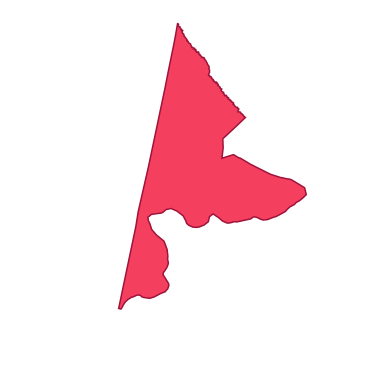 the district of Vubwi, Eastern, Zambia, rotated 121°
{"feature_id": "96606910B99969900210710", "entity_name": "Vubwi", "entity_type": "district", "adm_level": 2, "iso_a3": "ZMB", "parent_name": "Zambia", "parent_adm1": "Eastern", "projection": "orthographic", "projection_center": [32.719, -13.993], "detail": "fine", "context": "isolated", "style": "filled", "palette": "rose", "viewbox_px": 384, "rotation_deg": 121, "n_neighbors": 0, "source": "geoboundaries", "source_scale": "gbopen_adm2", "svg_char_len": 5408}
<svg xmlns="http://www.w3.org/2000/svg" viewBox="0 0 384 384"><g transform="rotate(121 192 192)"><path d="M54.6,291.3L64.4,287.5L72.7,284.4L99.0,275.1L115.6,269.1L166.9,251.3L192.3,242.5L236.8,227.9L250.4,222.4L329.3,195.0L328.9,194.7L329.4,194.2L328.9,192.6L327.4,192.5L323.1,192.7L320.4,192.5L316.9,191.5L315.0,190.4L313.5,189.8L312.1,188.3L309.2,186.4L308.2,185.4L307.5,183.9L307.2,183.1L307.7,180.9L307.3,179.1L305.0,173.7L303.7,172.4L301.5,170.4L295.0,166.5L291.3,163.6L289.4,163.4L287.8,162.9L284.0,163.7L282.5,165.0L279.4,170.9L277.9,174.1L275.9,175.1L274.6,174.8L270.1,174.6L266.9,175.1L265.0,175.7L262.2,178.3L259.5,179.6L254.1,183.7L248.6,190.6L247.1,200.6L244.9,207.2L241.1,211.5L239.0,214.6L236.3,216.9L234.6,216.1L232.0,215.2L225.8,207.4L224.2,206.4L221.7,205.6L220.6,205.4L216.9,201.4L216.1,195.0L217.0,187.3L219.7,182.8L221.7,180.3L222.2,177.7L221.7,173.3L220.0,169.9L218.3,167.8L214.0,164.6L209.1,162.7L204.2,164.3L199.8,162.6L199.9,162.0L200.2,158.8L200.2,156.9L200.4,155.0L200.9,152.6L201.2,150.7L200.5,145.8L199.6,144.4L198.2,142.8L195.6,140.4L194.6,138.2L184.9,127.9L181.7,126.5L181.4,126.1L180.5,123.9L180.1,121.7L180.1,119.7L179.4,116.6L176.8,113.1L172.5,109.8L169.6,107.2L166.3,105.2L160.6,101.9L157.7,101.4L154.5,100.5L150.0,97.8L147.6,97.3L147.3,97.3L144.2,95.4L139.4,93.7L135.3,92.7L130.4,97.6L130.3,102.7L130.3,113.0L130.3,113.6L130.6,114.3L130.9,115.5L131.8,117.3L132.1,118.5L132.4,119.1L132.7,120.2L133.0,120.8L133.2,121.9L133.8,123.0L136.2,132.9L136.6,136.3L136.9,140.5L137.6,149.3L138.1,157.0L138.1,167.9L138.6,169.8L138.6,175.7L147.6,183.7L138.0,188.1L130.5,193.0L110.9,187.4L100.6,184.6L100.6,185.2L100.8,185.4L100.7,185.8L100.3,186.1L100.2,186.4L100.3,186.8L99.6,188.2L99.6,188.6L99.4,188.6L99.3,188.9L99.3,189.1L99.6,189.3L99.5,189.9L99.4,190.9L99.2,191.1L98.9,191.1L98.6,191.5L98.7,191.8L99.0,192.7L99.2,193.1L99.3,193.5L99.6,193.8L99.1,194.3L98.2,194.7L97.8,194.7L97.4,194.3L97.0,194.6L96.7,194.7L96.7,195.7L96.5,196.1L96.1,196.4L96.0,196.7L96.1,196.9L96.4,197.1L96.5,197.0L96.6,197.5L96.6,198.0L96.5,198.3L96.6,198.6L96.5,199.0L96.2,199.5L96.2,199.8L96.2,200.1L95.7,200.4L95.7,200.5L95.6,201.2L95.6,201.7L95.5,202.1L94.6,202.0L94.4,202.1L94.1,202.8L94.3,203.3L94.4,204.2L94.4,204.4L94.3,204.6L94.0,204.6L93.9,204.7L93.8,204.9L93.8,205.4L94.1,206.0L94.1,206.3L93.4,206.5L93.4,207.2L93.5,207.8L93.3,208.3L93.6,208.7L93.6,208.9L93.3,208.9L93.1,208.8L92.7,208.9L92.5,209.1L92.4,209.6L92.8,210.3L92.8,210.6L92.5,211.0L92.2,211.1L92.2,211.6L91.9,211.8L91.7,212.0L91.5,212.3L91.7,212.7L92.0,212.9L92.3,213.3L92.6,213.5L92.4,213.9L91.9,214.2L91.6,214.5L91.5,214.8L91.6,215.4L91.3,215.9L91.1,216.0L90.7,216.0L90.3,216.2L90.3,216.5L90.5,216.9L90.5,217.5L90.5,217.8L90.5,218.0L90.4,218.3L90.4,218.6L90.0,219.4L89.8,219.6L89.6,219.5L89.4,219.4L89.1,219.4L88.7,219.4L88.4,219.5L88.6,220.4L88.6,220.9L88.7,221.1L88.6,221.3L88.2,221.4L87.7,221.8L87.6,222.6L87.6,223.3L87.1,224.1L86.3,225.0L86.5,225.2L86.8,225.2L86.3,225.7L85.6,226.9L85.3,227.1L85.3,227.5L85.2,227.8L85.3,228.0L85.5,228.0L85.9,227.8L86.0,227.8L86.2,227.5L86.3,227.5L86.4,227.8L86.0,228.8L85.9,229.0L85.9,229.5L85.7,230.2L85.4,230.5L85.5,230.7L85.8,230.8L85.8,231.2L85.6,231.3L85.0,231.3L84.8,231.5L84.6,232.1L84.8,232.8L84.8,233.1L84.2,233.5L84.2,234.1L84.1,234.3L83.9,234.4L83.7,234.4L83.5,234.6L83.5,235.7L83.5,235.8L83.8,235.9L83.9,236.0L83.7,236.1L83.6,236.5L83.4,236.6L83.2,237.0L83.3,237.5L83.5,237.7L83.5,237.8L83.3,238.1L82.8,238.2L82.7,238.3L82.4,238.4L81.8,238.5L81.3,238.5L80.3,238.6L80.1,238.7L79.1,239.4L78.6,239.8L77.9,240.2L77.6,241.1L77.3,241.4L76.3,241.5L75.5,242.2L75.4,242.4L75.4,242.7L75.3,243.0L75.0,243.6L74.6,244.1L74.5,244.5L74.2,244.8L73.6,245.5L73.4,246.1L72.2,247.9L72.1,248.2L72.1,248.7L72.0,249.2L72.1,249.5L71.7,249.7L71.5,250.0L71.3,250.1L71.0,250.1L70.9,250.6L70.9,250.9L70.7,251.0L70.8,251.3L71.1,251.6L71.2,252.1L71.1,252.4L71.1,252.7L71.3,252.8L71.6,252.8L71.7,253.1L71.3,253.5L70.7,254.4L70.7,254.6L70.8,255.1L70.8,255.5L70.7,255.6L70.4,255.5L70.0,256.0L70.0,256.4L70.3,256.8L70.3,257.1L70.0,257.3L69.5,257.8L69.0,257.9L68.9,258.0L68.9,258.4L68.7,258.6L68.7,258.8L68.9,259.1L69.2,259.2L69.5,259.2L69.8,259.8L69.7,260.0L69.4,260.1L69.5,260.4L69.3,260.8L69.2,260.9L69.3,261.0L69.2,261.1L69.2,261.5L68.7,261.8L68.6,262.2L68.3,262.1L68.1,261.9L68.0,262.0L67.9,262.3L68.0,262.7L68.0,262.8L68.1,263.2L68.4,263.1L68.5,263.2L68.5,263.3L68.3,263.6L68.5,264.1L67.9,263.9L67.6,264.0L67.8,265.3L67.9,265.5L68.0,265.8L68.1,266.1L67.9,266.1L68.0,266.4L68.0,266.6L67.8,266.7L67.8,267.0L67.6,267.0L67.3,267.7L66.5,268.8L66.3,269.0L66.2,269.2L66.2,269.4L65.8,269.7L65.9,270.1L65.8,271.4L65.7,271.8L65.5,272.3L65.4,272.5L65.1,272.6L65.0,272.9L64.8,273.2L64.8,273.4L65.0,273.8L65.0,274.4L64.8,274.5L64.8,274.4L64.6,274.4L64.4,274.4L64.3,274.7L64.1,274.8L63.9,274.9L63.7,275.4L63.5,276.4L63.2,276.9L62.8,277.5L62.8,278.4L62.5,279.0L62.0,279.3L61.7,279.7L61.2,280.1L61.4,280.5L60.9,280.9L60.8,281.1L60.8,281.6L60.4,282.2L60.3,282.4L60.1,282.7L60.0,283.0L59.7,283.1L58.5,283.0L58.4,283.1L58.6,283.4L58.9,283.4L58.8,283.7L58.8,283.9L59.0,284.0L58.9,284.6L58.8,284.8L58.6,284.9L58.4,284.8L58.1,284.6L58.0,284.9L58.3,285.0L58.1,285.3L57.6,286.0L57.3,286.8L57.2,287.0L56.6,287.5L56.7,287.8L57.0,287.9L56.9,288.5L56.7,288.7L56.5,289.2L56.3,289.5L56.2,289.7L55.3,289.8L55.1,289.9L55.1,290.0L55.1,290.5L55.4,290.6L54.8,291.1L54.7,291.2L54.6,291.3Z" fill="#f43f5e" stroke="#9f1239" stroke-width="1.5"/></g></svg>